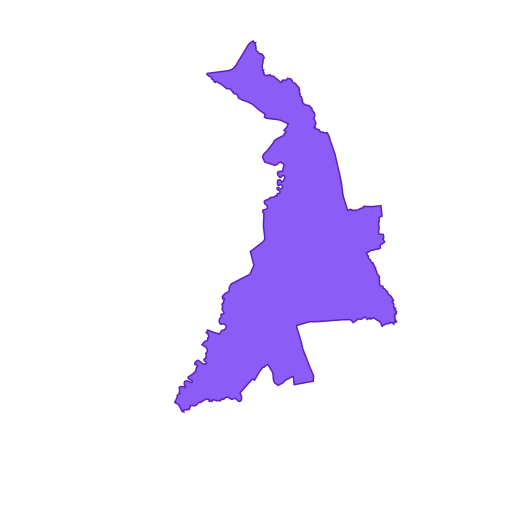 Chaloem Phra Kiat, Nakhon Si Thammarat, Thailand, rotated 38°
{"feature_id": "78962969B27517873641345", "entity_name": "Chaloem Phra Kiat", "entity_type": "district", "adm_level": 2, "iso_a3": "THA", "parent_name": "Thailand", "parent_adm1": "Nakhon Si Thammarat", "projection": "albers", "projection_center": [100.025, 8.16], "detail": "fine", "context": "isolated", "style": "filled", "palette": "violet", "viewbox_px": 512, "rotation_deg": 38, "n_neighbors": 0, "source": "geoboundaries", "source_scale": "gbopen_adm2", "svg_char_len": 6139}
<svg xmlns="http://www.w3.org/2000/svg" viewBox="0 0 512 512"><g transform="rotate(38 256 256)"><path d="M293.5,423.9L295.2,423.3L294.0,422.3L294.1,421.3L296.3,420.0L296.7,418.5L297.8,418.3L297.5,416.2L296.3,414.8L296.4,414.2L300.2,411.5L300.9,409.9L301.0,406.9L302.6,405.2L304.0,401.2L305.3,399.0L307.5,397.9L308.3,399.2L308.8,399.2L309.6,398.1L310.8,397.8L310.2,395.9L311.1,395.8L311.7,395.0L314.2,394.3L315.3,393.0L317.0,392.2L317.2,391.8L316.8,390.1L318.8,388.7L319.1,386.5L320.1,385.0L321.6,384.4L324.4,384.2L325.4,383.6L327.0,381.3L327.9,380.9L331.4,381.2L332.3,381.0L333.0,380.0L333.1,378.3L331.9,376.5L330.9,375.4L328.2,374.0L327.7,373.3L328.9,355.2L331.3,354.7L330.0,345.5L329.9,339.4L330.9,338.6L330.9,337.4L332.3,334.2L340.0,337.2L341.6,338.1L345.8,342.7L348.4,344.5L353.1,344.4L355.3,339.4L355.6,335.9L359.1,328.3L359.5,328.0L365.3,333.9L378.2,319.4L375.1,314.9L365.8,309.8L350.1,300.4L344.7,296.0L332.3,287.3L330.8,285.8L338.6,274.9L345.1,269.7L363.5,252.9L369.6,248.0L373.6,248.6L375.4,242.6L377.8,241.1L379.5,236.8L382.8,237.5L383.7,234.9L385.1,235.3L386.6,232.3L392.4,231.8L393.5,231.1L394.4,231.7L395.9,232.0L397.4,233.4L398.8,233.6L398.9,232.5L400.4,229.3L401.4,228.4L401.5,227.8L402.1,227.7L402.9,226.2L402.8,225.7L404.2,224.9L405.1,225.0L405.3,224.3L406.4,224.6L405.8,223.7L406.2,222.5L407.0,222.3L407.0,220.9L405.6,221.3L405.3,220.4L404.0,219.9L403.5,218.8L402.2,218.2L402.1,217.5L401.5,217.1L402.1,216.1L401.2,215.5L401.8,214.5L401.1,213.3L398.0,212.9L398.0,212.4L398.5,211.9L398.3,211.3L396.1,211.6L394.0,208.9L391.6,208.6L391.4,208.1L392.0,206.8L391.7,206.3L386.9,204.5L383.5,204.7L381.7,203.2L379.4,203.2L377.9,202.7L376.2,203.1L374.6,201.8L372.1,202.9L369.4,200.9L368.9,199.4L367.1,198.5L366.5,196.7L363.8,195.6L361.8,195.5L361.1,194.3L359.4,193.3L358.3,193.2L357.7,191.7L356.3,191.8L355.2,190.6L354.1,190.7L352.4,189.3L351.3,190.0L347.8,188.6L346.4,188.7L345.3,188.0L344.8,186.9L343.9,187.0L343.1,186.3L341.4,186.0L341.1,185.0L341.9,184.3L343.2,180.7L344.8,179.2L347.1,175.8L347.9,175.6L349.2,173.0L347.0,171.1L348.8,165.8L345.2,164.2L345.6,163.1L343.1,160.6L339.5,163.0L337.7,161.5L335.9,158.2L331.6,153.7L332.0,153.3L329.4,149.8L329.6,148.6L330.8,147.0L323.5,139.5L317.0,145.7L310.8,150.2L310.2,151.0L310.9,151.8L309.3,153.9L306.9,158.7L306.0,158.6L304.0,160.9L302.9,160.5L302.3,161.2L301.6,161.1L300.1,163.6L288.8,155.8L285.7,153.2L279.6,147.0L271.7,140.2L255.1,126.8L241.9,118.3L241.0,117.4L236.5,115.0L235.8,115.2L234.6,116.9L232.5,117.0L231.9,118.1L230.0,118.4L228.0,117.7L226.7,118.4L224.1,118.4L222.8,119.1L222.3,118.2L222.6,116.7L222.0,116.1L221.6,114.5L219.4,113.4L218.2,112.4L216.7,112.1L216.3,109.6L213.8,107.2L211.1,106.8L209.1,105.3L205.4,104.7L200.9,107.0L200.0,106.4L198.6,106.5L197.5,105.9L196.8,104.6L195.7,104.5L195.3,103.5L193.5,102.6L191.9,102.8L191.2,101.2L189.1,100.1L188.3,98.5L186.9,97.3L185.4,96.7L182.7,96.5L181.6,95.8L177.6,96.4L177.1,96.2L176.5,95.4L174.8,95.0L173.3,95.4L172.3,96.4L171.4,96.6L171.7,98.6L170.9,99.1L169.8,100.5L168.9,100.6L168.6,102.3L169.2,103.0L169.0,103.8L167.9,104.0L163.2,103.6L162.4,103.9L159.1,103.5L156.9,104.9L155.3,104.5L154.7,105.9L153.9,106.3L153.8,107.2L152.9,107.3L151.8,107.9L150.2,108.0L149.5,106.7L148.4,106.6L148.3,106.0L147.4,105.5L147.4,104.8L146.7,105.2L146.0,105.0L144.7,103.1L144.0,102.9L142.0,98.5L140.7,97.2L140.5,94.9L138.4,93.6L136.1,93.3L133.7,94.5L132.1,94.0L130.1,94.0L128.8,93.5L128.4,92.5L126.2,90.3L124.8,89.8L124.4,88.1L122.9,89.0L121.3,88.3L120.3,91.1L119.9,94.3L122.9,118.6L122.5,122.5L121.5,125.0L120.1,127.0L105.0,142.3L105.8,143.1L107.3,143.3L110.3,142.7L112.6,143.8L114.0,143.4L115.8,144.5L117.0,144.2L116.7,143.5L117.2,143.0L121.3,142.3L123.6,141.9L129.8,142.3L131.5,141.0L133.6,140.1L135.2,140.9L136.5,140.6L137.2,141.4L137.9,141.5L139.4,141.3L140.7,140.5L142.0,140.5L145.2,142.4L147.5,141.6L148.4,141.8L154.3,139.7L160.2,138.5L167.6,139.0L176.2,138.7L176.8,140.9L177.8,141.4L179.7,140.9L189.9,134.7L192.9,133.6L200.1,132.0L201.0,136.1L200.6,139.7L203.4,139.8L203.0,142.6L203.7,143.8L200.7,149.8L199.5,153.7L200.0,157.0L200.0,166.3L199.4,170.9L199.9,173.5L201.9,175.0L205.1,176.5L215.0,173.0L216.4,170.8L216.2,169.4L217.4,166.9L221.1,166.6L222.3,167.0L222.9,169.4L224.7,172.7L221.8,175.6L221.5,176.2L222.0,177.8L224.0,179.0L226.3,179.4L227.3,178.5L227.2,176.5L227.8,175.7L229.2,175.6L230.8,176.7L231.3,181.3L230.6,181.8L228.3,181.1L226.7,182.3L226.7,183.4L228.7,186.3L229.3,186.6L230.5,186.5L231.8,184.2L233.2,184.4L234.2,185.0L234.7,186.3L234.4,187.6L233.2,188.2L231.2,188.3L230.7,189.4L231.0,190.0L231.9,190.4L234.8,190.2L235.6,190.8L236.0,192.0L234.3,193.7L235.6,195.5L234.4,196.4L234.0,198.0L233.0,199.5L231.4,201.0L230.5,204.4L229.1,206.3L228.9,208.0L230.6,209.4L233.8,209.6L235.2,210.6L235.6,211.5L235.2,212.9L233.2,215.3L233.8,216.7L234.7,217.4L236.0,217.5L243.2,227.6L252.5,237.1L252.9,240.2L248.8,256.0L260.0,264.5L262.5,274.0L253.6,293.5L254.5,297.7L255.9,299.4L256.3,300.6L256.1,301.8L254.7,304.6L254.4,308.7L255.4,309.1L255.8,310.2L256.5,310.2L257.5,309.1L258.1,309.4L258.2,311.4L259.0,312.8L258.8,315.0L260.8,316.3L261.8,318.4L262.8,319.3L265.4,320.2L265.9,320.8L265.9,321.6L264.4,323.6L266.3,325.6L266.0,328.0L267.1,330.1L269.0,331.4L269.8,331.5L270.7,331.1L272.3,329.3L274.8,329.2L275.9,329.8L276.6,331.4L276.6,333.5L275.1,335.3L274.8,336.2L275.3,340.0L268.2,342.7L263.5,344.0L263.3,344.4L264.2,345.7L264.1,347.1L265.5,346.5L268.3,348.5L268.7,349.1L268.4,350.6L269.9,352.1L269.6,353.1L268.2,354.4L268.0,359.2L273.3,358.7L275.7,360.1L276.4,361.4L276.4,363.8L278.3,365.0L278.6,366.3L279.4,367.3L278.6,368.5L278.7,369.8L279.9,370.5L281.9,370.3L282.8,370.9L282.7,372.3L280.6,373.6L274.8,373.7L274.0,374.7L273.6,376.3L273.6,377.9L274.3,378.9L275.1,379.0L276.9,378.1L277.5,378.3L277.8,380.8L279.2,383.6L279.2,386.7L277.2,392.6L277.2,393.6L278.4,394.3L282.4,393.6L283.2,394.2L283.4,394.7L282.8,395.5L278.9,396.6L277.4,397.9L277.0,398.9L278.0,400.8L279.3,401.7L280.9,402.0L281.2,402.8L280.8,403.6L279.3,403.5L278.7,403.9L276.5,405.9L276.4,406.9L278.8,409.0L279.3,410.8L280.8,411.3L279.9,413.1L279.7,414.4L280.7,415.3L282.1,421.4L286.5,420.8L293.5,423.9Z" fill="#8b5cf6" stroke="#5b21b6" stroke-width="1.5"/></g></svg>